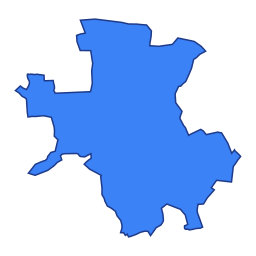 Dambatta, Kano, Nigeria
{"feature_id": "59680162B98747212970025", "entity_name": "Dambatta", "entity_type": "district", "adm_level": 2, "iso_a3": "NGA", "parent_name": "Nigeria", "parent_adm1": "Kano", "projection": "albers", "projection_center": [8.601, 12.428], "detail": "fine", "context": "isolated", "style": "filled", "palette": "blue", "viewbox_px": 256, "rotation_deg": 0, "n_neighbors": 0, "source": "geoboundaries", "source_scale": "gbopen_adm2", "svg_char_len": 2898}
<svg xmlns="http://www.w3.org/2000/svg" viewBox="0 0 256 256"><path d="M202.6,227.1L197.5,212.9L197.1,210.9L197.5,207.0L197.6,206.3L197.9,205.8L198.0,204.3L203.5,204.0L207.3,197.8L214.3,189.9L211.3,187.7L216.6,180.3L231.5,182.0L233.3,166.4L235.4,163.7L238.2,159.4L239.6,157.9L240.3,156.8L240.6,156.4L239.8,155.5L238.8,154.4L236.9,152.6L234.7,150.6L234.5,149.9L231.7,153.3L227.8,143.2L221.8,133.2L221.6,132.9L217.7,132.1L206.3,134.6L203.0,130.7L200.7,129.4L190.8,134.1L188.7,135.4L186.2,129.7L185.7,128.3L184.8,126.8L183.8,125.8L180.0,118.7L180.0,117.4L180.3,116.2L181.4,113.3L182.0,111.3L175.7,102.7L175.1,93.8L178.6,86.4L180.9,86.1L181.4,85.4L182.8,83.9L185.7,81.5L189.0,74.3L191.5,68.3L193.7,59.3L196.0,58.0L199.8,54.3L205.6,51.2L204.3,49.7L200.9,46.1L194.3,41.5L190.9,40.7L177.8,38.0L176.3,39.8L172.4,44.4L158.8,46.3L149.7,45.7L149.9,43.4L150.4,40.6L151.1,36.1L151.4,30.9L146.6,25.0L141.5,24.6L136.8,24.1L128.7,24.0L121.7,22.4L95.1,19.1L87.2,19.7L80.4,20.2L85.3,33.1L80.5,34.0L76.6,35.4L77.0,41.6L80.2,50.5L90.7,50.6L92.7,63.5L91.7,70.8L91.8,73.0L92.3,83.3L91.0,89.8L90.4,91.7L76.3,92.3L69.9,92.6L63.3,92.9L60.7,93.0L55.2,93.2L53.7,90.2L54.5,88.4L54.4,86.1L53.6,83.2L53.2,80.5L44.4,80.8L44.2,79.6L44.0,75.2L36.5,74.2L34.9,74.6L34.4,74.6L33.9,74.4L33.4,74.3L33.0,74.3L32.3,74.3L31.8,74.3L31.4,74.2L30.9,74.1L30.5,74.1L30.1,74.2L29.7,74.3L29.2,74.5L28.6,74.4L28.1,74.0L27.5,74.2L27.3,74.9L27.3,75.6L27.4,76.4L27.5,76.9L27.6,77.5L28.1,79.0L29.3,81.2L29.4,83.5L28.5,86.0L26.5,89.5L23.3,88.2L20.3,86.0L15.4,90.6L18.9,92.8L22.1,96.3L24.1,97.3L26.3,98.7L26.6,101.5L27.3,112.4L28.0,117.0L31.5,116.5L31.5,116.4L35.6,116.5L41.1,115.9L43.9,115.8L51.3,117.3L54.1,126.8L54.5,130.3L54.3,136.2L57.9,139.8L55.2,151.2L50.8,152.5L47.7,156.5L47.5,157.5L47.0,158.9L45.2,160.5L42.8,161.2L35.4,164.3L28.4,173.2L35.1,175.3L47.7,170.4L54.0,165.8L57.3,162.4L61.8,159.9L60.4,155.7L62.3,154.1L64.7,153.7L70.8,153.6L76.7,153.5L78.0,153.9L79.6,156.0L80.5,156.5L84.7,156.9L90.9,153.6L91.1,157.0L91.2,158.3L88.8,159.9L86.3,162.0L84.2,164.2L86.6,166.4L89.7,169.2L101.3,175.4L100.7,176.6L102.0,188.0L102.0,194.7L104.2,198.4L104.8,200.9L107.4,206.1L110.5,207.7L113.2,209.6L115.4,211.3L117.1,215.9L120.7,220.4L121.9,224.7L122.0,228.1L121.9,228.4L120.6,232.7L122.5,232.7L123.6,232.7L125.4,235.4L127.2,234.2L127.3,234.5L127.9,235.6L128.6,236.9L130.3,236.5L133.9,235.2L136.1,234.4L140.4,232.3L145.1,231.1L148.0,231.4L148.1,231.6L150.0,234.7L150.5,235.6L155.0,229.4L156.0,227.8L160.9,225.0L162.9,222.0L163.4,220.5L163.2,217.3L162.9,214.1L161.4,208.3L166.8,204.0L180.4,209.3L185.3,215.0L187.7,224.3L187.0,224.8L185.9,225.3L185.6,225.4L185.3,225.6L184.6,225.7L184.6,226.0L184.5,226.8L184.4,227.4L184.6,228.0L184.7,228.6L185.4,229.1L185.7,229.3L187.0,229.1L187.1,229.3L187.5,229.2L188.1,229.1L189.2,229.9L190.6,229.7L193.1,229.3L194.3,228.9L195.6,228.6L200.4,228.1L202.6,227.1Z" fill="#3b82f6" stroke="#1e3a8a" stroke-width="1.5"/></svg>